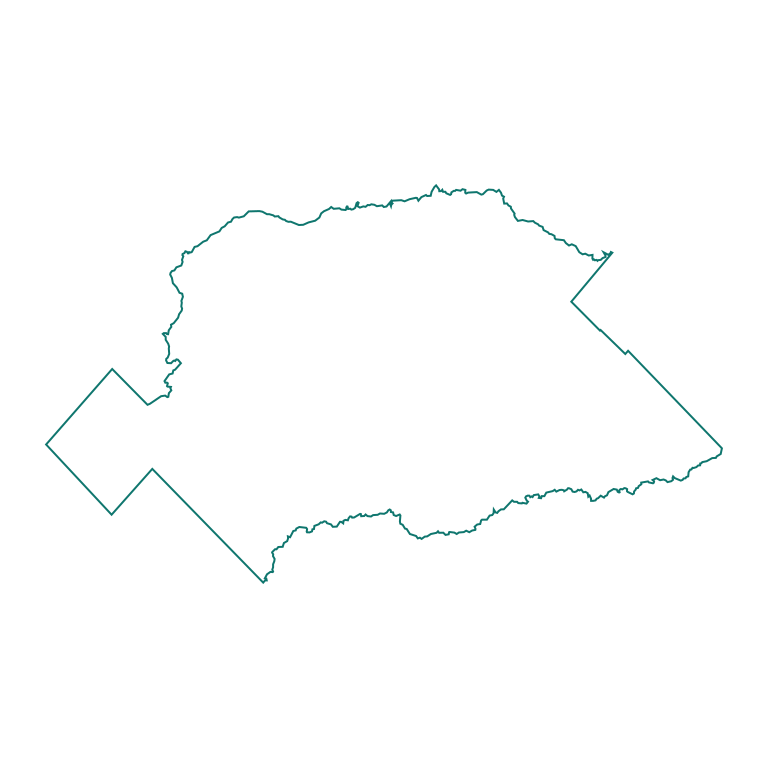 outline of Saladillo, Buenos Aires, Argentina
{"feature_id": "61730980B83409300845185", "entity_name": "Saladillo", "entity_type": "district", "adm_level": 2, "iso_a3": "ARG", "parent_name": "Argentina", "parent_adm1": "Buenos Aires", "projection": "equal_earth", "projection_center": [-59.628, -35.682], "detail": "fine", "context": "isolated", "style": "outline", "palette": "teal", "viewbox_px": 768, "rotation_deg": 0, "n_neighbors": 0, "source": "geoboundaries", "source_scale": "gbopen_adm2", "svg_char_len": 6126}
<svg xmlns="http://www.w3.org/2000/svg" viewBox="0 0 768 768"><path d="M721.9,448.3L628.1,350.8L625.3,354.0L600.6,330.0L600.0,330.6L571.3,301.7L612.3,252.7L610.9,252.0L610.5,253.1L608.3,254.8L603.6,252.3L605.5,255.6L605.5,257.0L602.6,258.1L600.7,259.9L597.8,260.2L597.5,260.8L596.3,259.9L594.9,260.3L593.8,259.3L593.1,259.8L592.4,258.6L592.5,254.9L588.7,255.5L585.3,253.7L582.6,254.3L579.3,252.2L575.7,246.1L571.8,244.3L569.0,245.5L565.9,243.1L563.9,240.2L555.8,239.3L554.8,238.3L554.5,235.9L551.4,234.2L549.3,233.9L548.1,232.4L543.6,230.1L542.6,226.9L539.1,225.6L538.1,224.3L534.9,222.7L533.3,221.1L528.1,221.5L522.6,220.0L517.9,220.9L514.9,217.0L514.2,214.8L514.6,213.6L511.0,208.5L510.8,206.7L508.5,205.5L507.0,203.4L504.2,203.6L503.2,198.6L504.0,196.7L502.0,195.6L501.0,192.7L498.9,189.9L496.4,191.9L493.2,189.9L488.7,189.6L486.7,190.5L482.9,194.2L481.3,194.6L476.8,192.1L468.2,192.6L466.1,193.5L465.2,192.7L465.4,189.9L462.5,189.2L460.6,190.7L456.1,189.9L455.1,190.9L453.7,190.9L451.4,192.4L451.1,194.2L450.1,194.9L446.3,193.3L445.4,191.8L443.0,191.8L442.3,189.8L441.1,191.1L439.3,191.2L439.1,189.4L436.1,185.4L434.4,187.0L431.6,191.8L430.7,195.8L427.1,196.0L426.0,195.0L421.4,197.1L418.4,200.7L417.0,198.0L415.9,197.8L409.6,199.2L404.6,201.3L401.3,200.2L392.2,200.7L391.6,202.7L392.5,203.5L391.3,204.7L391.0,206.2L390.4,204.7L391.0,203.4L390.9,201.3L386.5,206.5L383.8,207.0L382.2,205.4L376.9,206.2L374.4,204.8L371.3,204.3L369.6,205.2L367.7,205.0L365.6,206.8L363.3,206.4L359.9,207.6L357.4,206.1L358.6,202.8L357.8,202.2L356.6,203.1L355.2,207.8L353.2,209.2L351.3,209.6L350.3,208.7L348.3,209.0L347.5,206.5L347.0,206.4L346.3,207.4L346.3,209.3L345.6,210.0L341.4,209.6L339.4,208.3L333.7,208.8L331.2,207.0L329.0,209.0L324.0,211.2L321.2,213.4L319.4,217.5L315.2,220.7L308.6,222.4L303.2,224.8L298.9,225.0L290.8,221.7L288.4,221.8L286.1,221.0L284.9,219.8L282.7,219.4L279.3,217.4L278.4,216.2L274.7,216.5L273.4,215.4L269.3,214.2L267.0,214.2L262.4,211.7L259.4,211.1L248.7,211.4L243.8,216.3L238.9,217.6L237.1,217.1L234.1,217.5L232.5,219.0L231.0,221.7L228.0,222.5L224.7,226.3L221.7,227.9L219.4,231.4L210.6,235.1L206.8,240.3L203.2,241.7L197.5,246.2L194.6,246.9L191.8,252.0L190.7,252.5L189.1,252.1L188.7,253.3L188.0,253.4L186.9,251.8L185.4,251.3L184.4,253.1L182.6,254.0L182.4,255.1L183.3,256.3L182.0,259.9L182.6,261.9L181.3,265.5L176.4,267.3L174.4,270.4L171.9,271.1L170.5,273.0L170.2,274.6L171.9,277.9L172.9,283.2L176.7,287.4L179.5,292.8L182.2,293.7L182.9,296.8L181.4,300.9L181.8,302.7L181.3,306.4L182.1,308.6L181.7,310.6L179.1,314.2L178.1,317.7L173.7,323.2L171.0,324.7L171.3,326.9L168.8,330.2L168.1,334.2L167.0,334.1L166.2,333.1L163.8,333.1L162.8,333.9L165.7,336.9L165.7,339.8L168.2,343.7L169.1,346.5L168.8,348.5L169.2,353.9L167.7,357.6L166.3,358.8L166.1,360.4L167.4,363.0L171.1,363.2L173.1,361.1L174.2,360.5L175.2,361.0L176.4,359.4L177.9,359.7L180.9,363.2L175.1,369.7L173.3,370.4L172.6,373.5L169.2,374.4L164.5,381.1L165.3,382.7L166.9,382.6L167.8,383.3L167.0,386.1L167.5,386.6L170.9,386.9L170.4,388.2L171.3,390.4L168.9,393.1L168.3,396.8L167.3,397.1L165.2,395.6L161.1,396.2L149.9,403.8L147.5,404.8L112.2,369.0L46.1,444.5L111.6,514.7L152.3,468.9L263.2,582.6L265.1,580.4L266.7,580.4L266.3,578.6L264.9,578.3L267.0,574.3L270.4,571.9L272.7,572.1L273.1,571.6L272.3,569.6L273.1,567.3L273.1,564.3L274.3,561.2L274.6,558.9L273.0,556.1L273.2,554.3L272.1,552.6L272.3,552.0L275.1,549.2L276.5,549.3L278.3,547.0L282.7,546.8L283.9,543.0L287.2,541.1L288.1,538.3L287.9,536.4L290.1,537.2L293.3,531.0L295.7,530.4L296.3,528.6L299.3,527.0L306.2,527.8L307.1,529.1L306.7,531.7L307.0,532.3L309.6,532.4L312.0,531.4L312.4,529.3L314.0,529.0L314.4,525.9L318.7,524.3L320.7,522.4L322.1,522.7L324.2,521.3L326.1,521.7L327.0,523.2L331.0,524.4L332.8,526.8L336.8,526.6L340.0,521.8L341.3,521.9L343.2,523.3L343.5,520.8L345.3,519.9L347.9,520.3L348.6,518.2L350.1,516.4L351.5,516.6L352.1,517.6L354.1,517.5L360.1,513.9L360.8,514.0L361.2,516.2L364.2,516.0L365.6,514.5L367.5,516.1L371.0,516.5L373.1,515.1L377.7,514.8L380.0,513.5L384.2,513.8L386.9,512.4L388.3,510.3L389.7,509.5L390.8,510.3L390.9,512.0L393.1,512.4L393.7,515.0L396.1,516.0L399.7,514.5L400.4,515.5L399.9,521.4L400.3,523.7L402.7,524.8L405.0,528.6L406.7,529.0L409.9,534.0L416.1,536.0L417.8,538.4L419.9,537.7L421.6,538.9L424.8,536.6L427.2,536.4L430.9,534.0L436.6,532.8L438.0,531.3L439.1,532.8L443.3,532.7L445.5,534.9L448.7,534.3L449.1,532.2L449.7,532.0L454.4,532.6L456.7,534.0L458.9,532.5L463.8,532.1L466.2,530.7L469.3,532.2L472.2,530.5L475.3,529.9L475.5,528.9L474.6,526.7L477.2,524.5L480.2,524.0L481.1,520.5L482.0,519.7L486.9,519.7L489.6,515.6L492.3,515.0L493.6,513.2L493.8,509.6L495.6,512.4L497.2,512.9L498.5,511.2L501.0,509.4L503.8,509.3L512.2,500.4L514.0,501.8L517.1,501.8L518.3,503.1L521.9,503.4L522.4,502.8L526.5,503.6L528.0,501.7L526.8,500.7L525.3,497.7L526.0,496.4L527.8,495.6L529.4,495.7L530.3,497.2L531.8,496.4L532.6,497.0L533.8,495.1L538.2,494.4L539.4,496.4L538.8,497.9L541.1,498.2L541.7,496.1L544.4,496.1L546.3,492.6L552.7,491.1L554.7,489.8L556.3,491.6L559.6,490.0L561.9,489.8L563.8,490.3L564.2,491.3L567.1,489.5L567.9,488.3L568.9,488.2L571.3,489.2L572.6,491.6L574.6,492.0L576.5,491.4L578.0,489.8L579.5,490.4L581.3,489.5L583.3,492.3L585.5,491.9L587.7,493.2L588.3,496.7L589.6,495.5L591.0,498.6L591.1,500.9L593.0,500.9L595.5,500.4L596.7,498.7L598.1,498.2L600.7,495.7L604.0,497.6L604.9,496.3L607.0,495.3L608.4,492.1L613.6,489.0L616.8,489.6L617.7,491.8L619.1,492.5L619.6,492.3L619.2,490.6L619.7,489.7L620.9,489.0L622.4,489.4L624.3,488.1L625.7,488.3L627.1,489.1L627.0,491.2L627.5,491.8L632.6,494.3L633.9,493.5L634.1,491.5L635.7,489.6L636.1,488.3L638.0,487.9L638.7,486.1L641.3,484.3L641.2,482.6L648.0,481.4L648.9,482.4L653.0,483.3L653.8,482.7L654.1,481.3L652.6,480.0L656.4,478.2L660.1,480.2L663.6,479.5L665.8,480.4L667.5,482.1L671.3,481.2L673.0,479.8L672.5,478.0L673.1,476.4L674.8,478.1L680.8,480.6L682.6,479.9L683.6,478.5L685.5,478.3L686.3,477.0L688.2,476.4L688.6,472.2L690.2,469.6L691.4,469.5L692.5,467.8L693.6,468.0L696.4,467.1L698.1,465.5L700.1,465.3L700.2,463.5L701.3,463.3L702.3,462.1L706.7,461.2L712.2,458.1L715.9,457.9L716.7,456.4L720.7,454.0L721.9,448.3Z" fill="none" stroke="#0f766e" stroke-width="2"/></svg>